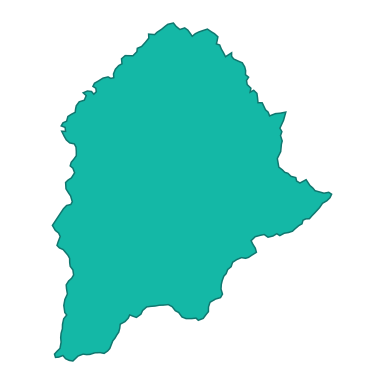 outline of Itapira, São Paulo, Brazil
{"feature_id": "56859067B4664516134209", "entity_name": "Itapira", "entity_type": "district", "adm_level": 2, "iso_a3": "BRA", "parent_name": "Brazil", "parent_adm1": "São Paulo", "projection": "mercator", "projection_center": [-46.772, -22.437], "detail": "fine", "context": "isolated", "style": "filled", "palette": "teal", "viewbox_px": 384, "rotation_deg": 0, "n_neighbors": 0, "source": "geoboundaries", "source_scale": "gbopen_adm2", "svg_char_len": 3093}
<svg xmlns="http://www.w3.org/2000/svg" viewBox="0 0 384 384"><path d="M219.7,45.0L216.4,43.9L217.1,40.8L217.9,36.8L214.5,33.7L211.5,31.9L207.4,29.1L203.1,30.5L199.0,31.9L195.3,33.7L192.2,36.3L190.3,33.5L187.8,30.1L184.7,27.9L179.9,29.5L176.0,26.3L173.4,23.0L167.8,24.3L165.3,26.2L161.7,29.2L157.0,32.3L154.7,34.6L148.6,34.1L148.8,38.1L145.4,42.3L141.6,46.5L137.3,48.3L136.9,51.7L132.9,55.8L125.2,55.6L121.5,58.8L122.0,63.8L118.7,65.6L115.4,69.2L113.5,73.9L113.8,77.7L110.8,78.4L108.1,76.9L103.0,78.1L98.4,81.0L94.5,83.2L92.9,86.4L95.8,88.2L96.3,91.7L93.8,94.2L91.5,91.5L87.4,91.0L83.2,92.8L86.2,95.6L84.3,100.2L79.2,101.8L76.3,105.7L75.6,108.9L75.2,112.3L71.5,114.2L67.9,116.5L66.6,121.2L63.0,122.8L61.2,125.9L65.1,127.4L65.6,131.4L61.7,131.2L64.2,136.3L66.3,139.9L69.7,142.9L74.3,143.9L76.0,147.1L76.3,151.2L76.3,155.7L73.8,159.2L71.2,162.3L70.2,165.9L72.9,168.2L74.6,172.8L71.4,177.9L67.9,180.2L65.6,182.5L66.0,188.8L68.6,193.0L70.6,195.9L72.3,201.8L70.8,204.5L66.6,205.5L63.5,208.7L52.4,225.4L55.3,230.4L58.6,233.0L60.2,236.5L58.2,241.7L57.0,245.4L59.4,247.9L63.2,249.6L67.9,255.2L69.6,258.3L69.7,262.6L70.2,266.3L72.9,269.9L73.6,275.0L71.7,278.2L68.6,281.0L66.2,284.9L66.5,288.6L67.4,294.0L64.9,299.4L63.8,305.4L64.8,312.5L66.7,315.0L63.7,318.8L62.5,324.3L62.4,328.8L61.1,333.3L60.7,337.8L61.1,342.2L60.0,348.4L57.3,351.0L54.5,354.1L55.5,357.4L58.8,357.1L62.9,355.5L65.6,358.7L69.2,360.4L72.9,361.0L75.2,358.8L78.1,356.0L83.1,354.1L86.6,354.6L89.9,354.4L94.9,352.8L100.2,352.6L104.1,353.4L107.6,351.0L109.8,348.5L112.8,340.8L115.0,338.1L116.7,335.1L118.7,332.2L119.7,328.4L120.2,324.2L125.0,321.6L128.2,318.2L129.7,314.9L132.7,316.1L136.4,317.4L140.9,314.2L142.6,310.5L146.7,306.9L150.3,306.4L155.3,306.0L159.4,305.2L163.2,305.1L168.3,304.6L172.2,306.7L175.3,310.7L178.7,312.5L182.0,317.0L186.1,318.6L191.7,318.6L196.0,318.1L198.3,320.3L203.2,318.4L206.4,314.1L208.4,311.7L208.5,306.9L210.0,302.3L215.4,299.1L220.5,297.6L222.5,294.1L221.0,289.1L221.3,284.4L222.2,280.6L223.8,276.2L226.1,273.7L227.7,269.5L231.1,266.7L232.6,262.3L236.7,259.6L241.4,257.6L245.6,258.3L248.5,257.4L251.6,255.3L256.4,252.3L255.3,248.2L252.7,244.0L251.1,240.7L255.2,236.7L260.3,235.3L264.2,234.5L268.0,237.2L273.0,236.0L276.8,233.7L279.8,235.6L284.3,233.2L288.6,232.5L292.5,231.2L294.7,229.1L298.8,225.6L302.0,223.8L303.0,220.2L305.8,218.9L309.4,218.7L312.0,215.7L315.2,212.4L319.5,207.7L322.5,203.3L326.8,200.8L330.0,197.7L331.6,194.2L328.7,192.3L324.0,193.2L320.5,192.2L315.0,190.7L313.0,188.2L309.9,185.5L306.1,179.7L299.9,183.0L296.6,181.0L295.8,177.6L290.9,176.3L287.9,173.3L284.7,172.3L282.4,169.9L278.8,167.1L277.3,158.5L280.7,151.6L281.4,144.1L282.2,141.0L280.5,135.6L281.9,131.7L279.9,128.2L283.5,120.4L284.7,116.1L285.8,112.1L280.2,113.2L275.5,113.6L269.6,115.9L268.1,112.1L265.5,109.8L262.2,102.8L258.0,102.7L257.5,97.5L256.9,93.4L253.7,90.3L250.1,92.2L250.9,88.2L247.2,84.6L246.5,80.5L248.6,77.2L245.5,74.7L245.6,70.5L244.7,66.9L242.3,62.8L238.3,61.1L233.7,59.0L231.6,56.3L231.6,52.8L228.5,54.8L225.5,56.7L223.3,52.4L221.3,49.0L219.7,45.0Z" fill="#14b8a6" stroke="#0f766e" stroke-width="1.5"/></svg>